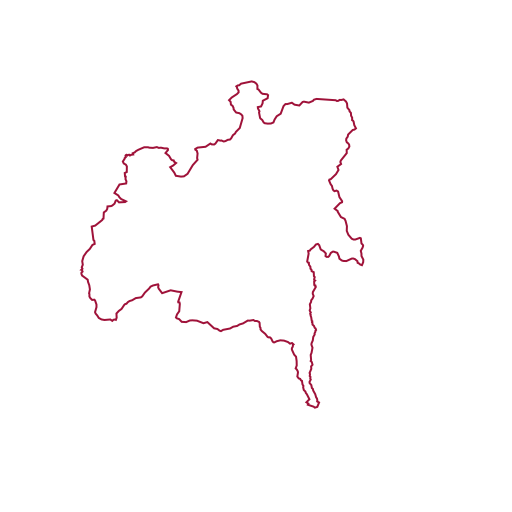 Sita Buzaului, Covasna, Romania (Robinson projection), rotated 324°
{"feature_id": "2599482B84594995893474", "entity_name": "Sita Buzaului", "entity_type": "district", "adm_level": 2, "iso_a3": "ROU", "parent_name": "Romania", "parent_adm1": "Covasna", "projection": "robinson", "projection_center": [26.114, 45.599], "detail": "fine", "context": "isolated", "style": "outline", "palette": "rose", "viewbox_px": 512, "rotation_deg": 324, "n_neighbors": 0, "source": "geoboundaries", "source_scale": "gbopen_adm2", "svg_char_len": 6143}
<svg xmlns="http://www.w3.org/2000/svg" viewBox="0 0 512 512"><g transform="rotate(324 256 256)"><path d="M216.9,414.1L220.9,411.6L220.0,409.6L220.8,408.8L221.6,407.0L221.5,405.9L222.7,402.6L223.2,398.5L223.9,396.9L223.6,395.7L224.9,392.9L224.7,390.3L225.3,389.3L227.7,388.1L227.8,387.1L229.0,385.8L228.9,384.7L230.3,383.3L230.6,382.1L234.4,379.8L235.7,377.7L237.8,377.2L238.8,374.6L238.5,373.1L239.4,372.6L242.1,368.2L244.0,367.0L247.8,363.4L248.7,360.3L249.6,359.3L252.3,357.7L254.8,355.1L257.3,354.0L257.9,353.0L259.5,352.2L260.1,351.4L261.1,351.2L261.6,349.7L261.3,348.6L261.8,346.6L261.4,344.7L262.4,343.2L262.3,342.6L263.2,341.9L263.0,341.2L264.7,337.9L265.1,336.3L265.7,335.8L265.8,334.6L267.2,333.8L267.1,332.9L267.5,331.5L269.2,330.3L271.2,326.7L273.6,325.5L274.6,324.3L276.7,323.7L279.1,322.3L279.7,319.9L280.8,318.6L286.2,316.2L286.7,314.8L286.1,314.5L286.1,313.7L288.0,310.9L289.4,310.6L289.0,309.7L289.3,309.0L291.1,307.6L291.0,306.4L293.2,303.0L292.1,301.0L292.8,299.7L292.6,298.3L293.7,296.6L293.7,294.3L294.8,292.5L294.1,291.7L294.2,290.5L300.0,285.0L301.1,282.6L302.8,283.3L304.0,282.8L308.3,282.7L311.2,281.9L313.2,282.6L313.5,284.4L312.3,288.4L312.4,289.3L313.6,291.9L314.0,295.0L312.2,296.9L312.6,298.2L314.0,299.2L315.3,299.0L318.3,297.5L320.6,297.6L321.4,298.1L323.6,301.2L322.8,305.2L321.9,307.2L322.8,310.1L323.7,311.3L326.1,313.2L332.0,314.4L333.1,315.1L334.2,316.6L335.0,319.8L334.2,321.3L334.8,322.1L335.3,324.2L336.3,325.7L339.1,324.0L340.7,322.0L341.3,318.1L342.8,315.9L343.8,313.4L347.1,311.9L348.7,310.7L349.0,309.7L348.7,307.9L351.2,303.3L350.7,302.4L345.9,301.0L344.6,300.0L343.6,298.3L343.2,293.1L344.2,289.0L347.1,285.3L349.1,280.2L349.5,278.0L347.6,274.4L348.1,268.4L348.5,267.6L347.4,263.9L355.0,262.6L357.2,263.1L357.9,262.3L358.1,257.4L360.3,252.1L359.6,250.4L357.6,249.7L357.2,248.3L357.5,246.6L358.6,244.0L358.6,241.7L359.5,237.8L360.3,237.3L361.6,237.8L368.8,236.8L373.3,234.9L374.3,231.6L378.9,231.6L379.5,229.5L380.8,228.6L389.9,226.1L391.8,223.3L393.8,223.3L395.9,222.3L396.8,220.6L396.8,219.1L396.3,217.4L396.9,215.4L398.1,214.1L400.3,213.4L401.9,211.9L408.3,210.9L410.0,211.6L411.9,211.5L412.4,208.0L414.0,204.5L414.0,203.5L413.6,202.6L415.1,200.6L415.4,198.4L416.9,196.0L416.7,194.0L417.3,192.9L417.1,189.7L419.3,186.1L419.6,183.9L418.9,180.8L416.7,179.9L415.3,178.8L414.0,178.9L412.6,178.2L412.0,176.8L397.3,164.5L394.7,163.6L393.2,164.0L388.9,163.0L385.5,159.3L384.2,158.8L379.5,159.7L376.1,156.2L375.1,153.1L370.7,151.5L369.1,150.4L366.4,150.9L359.6,155.4L354.9,155.1L351.3,156.5L348.6,158.2L346.0,157.6L343.4,155.9L341.1,153.7L340.7,152.5L341.0,149.6L340.4,147.3L340.5,146.6L342.8,141.7L343.9,140.9L344.3,137.8L345.0,136.6L348.0,138.0L351.0,136.4L352.8,134.4L358.1,135.2L360.3,133.0L360.0,131.7L356.6,128.6L356.0,126.8L355.9,122.8L355.3,121.7L357.4,118.9L357.6,116.8L356.9,114.4L355.1,112.2L345.2,107.8L342.8,108.0L341.5,107.3L339.8,107.2L339.8,108.2L339.2,109.5L339.1,111.9L338.1,113.4L335.8,113.8L329.6,113.5L325.8,114.1L326.1,116.3L324.7,118.8L325.3,120.8L324.9,122.9L324.1,124.3L324.2,127.5L324.3,128.3L326.5,130.7L327.3,132.9L327.4,134.6L326.2,136.6L318.1,142.9L312.6,143.8L311.1,144.6L308.3,144.7L305.1,146.2L303.4,146.5L301.4,145.4L298.9,145.1L297.2,144.4L295.9,142.2L295.2,141.9L293.3,139.8L289.2,141.2L287.7,141.2L285.8,139.7L285.2,138.2L279.4,138.0L272.5,134.0L269.7,133.7L269.4,134.3L270.0,136.0L269.0,138.7L265.9,142.2L265.3,143.8L258.3,145.3L248.9,149.3L244.5,149.2L242.0,147.7L238.3,144.0L238.9,140.5L238.8,133.7L242.1,134.1L246.0,133.8L245.2,131.7L245.6,130.3L244.5,129.3L244.1,127.9L244.5,123.9L243.3,119.5L247.1,118.5L247.7,117.4L247.3,116.7L245.0,115.0L242.8,112.5L240.9,111.4L239.8,109.6L236.2,108.0L233.3,105.6L232.6,104.6L229.4,102.3L223.2,100.9L220.6,100.6L218.7,100.9L216.7,100.4L216.3,101.7L214.6,100.8L213.1,100.6L213.1,99.7L211.9,99.0L211.0,99.1L210.7,98.0L209.9,97.9L209.3,98.2L208.8,99.5L207.3,99.6L206.9,100.1L203.8,101.3L203.4,103.4L204.4,105.6L204.2,107.6L200.8,112.1L198.6,111.7L196.8,114.7L196.7,115.4L197.0,115.5L195.6,117.1L195.1,119.4L193.6,121.0L187.6,117.9L178.5,121.8L180.2,126.1L180.0,128.1L180.4,130.7L183.0,135.4L181.8,135.4L176.7,132.1L176.3,129.2L175.7,128.8L175.0,128.8L172.3,130.5L169.3,130.7L168.0,130.4L165.0,128.6L163.4,130.4L161.5,131.3L158.5,131.3L154.6,136.1L153.7,135.9L152.8,136.5L143.8,136.9L140.4,135.6L133.9,147.5L134.1,148.7L132.6,151.4L130.2,150.9L125.7,152.6L121.3,153.2L116.4,154.9L112.4,158.0L110.7,161.3L108.4,162.7L108.1,164.3L106.6,164.5L107.0,165.0L106.5,166.7L105.1,166.8L104.3,167.7L103.8,169.6L105.9,176.2L104.9,178.2L103.9,181.7L102.0,185.4L99.0,188.1L98.9,188.8L97.4,190.9L97.2,192.6L97.6,195.2L99.6,196.4L99.6,197.6L98.4,201.5L96.9,203.6L92.8,206.8L92.4,208.3L92.6,210.8L92.4,213.7L93.7,216.5L95.8,218.7L100.8,221.7L101.6,224.0L103.2,223.8L104.6,224.5L105.1,225.3L107.0,224.0L109.3,220.5L112.8,219.8L116.1,219.8L120.7,218.1L122.1,218.0L123.1,218.5L125.1,218.0L127.2,218.1L129.8,219.0L134.0,219.4L138.5,221.8L140.2,221.8L144.6,220.3L150.4,219.5L152.7,218.8L155.3,219.3L160.1,221.3L159.9,222.4L158.5,223.7L158.1,225.2L158.2,230.9L166.8,233.6L171.5,238.7L174.5,241.4L166.2,247.2L165.9,247.8L166.8,248.6L166.2,250.0L161.4,255.6L157.8,256.8L155.1,258.7L155.3,259.9L156.7,261.8L157.2,265.6L160.6,268.4L164.6,269.3L166.8,270.7L170.2,273.6L174.0,279.5L177.8,280.9L179.6,289.9L181.9,292.4L182.6,294.9L183.5,296.2L186.0,296.4L192.4,299.4L196.0,299.8L199.6,301.5L202.5,301.7L205.8,302.9L211.4,303.4L212.9,304.6L216.3,306.3L216.8,307.8L218.6,309.2L219.7,311.1L219.6,312.2L217.5,315.5L217.4,316.8L216.5,318.1L216.6,320.1L217.7,324.4L217.8,328.2L218.2,329.1L219.4,329.9L219.8,331.6L219.2,334.9L219.4,336.1L220.1,336.7L222.6,337.1L226.1,338.5L228.9,340.9L231.3,344.4L232.0,346.9L234.0,347.6L234.4,349.6L233.6,349.7L232.4,351.0L230.8,351.7L230.0,352.8L228.9,358.2L229.2,361.0L227.1,364.9L224.6,368.5L222.0,370.3L222.3,371.8L222.0,373.9L221.5,374.9L218.6,377.8L218.6,380.1L219.5,381.4L219.3,383.1L219.8,384.0L218.1,387.3L218.0,389.0L217.0,389.9L215.9,392.5L216.3,394.7L215.8,396.1L215.9,397.7L215.0,403.3L210.8,404.0L211.6,406.2L210.5,406.8L214.1,411.8L214.5,413.3L216.9,414.1Z" fill="none" stroke="#9f1239" stroke-width="2"/></g></svg>